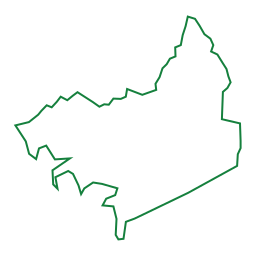 Taquaruçu do Sul, Rio Grande do Sul, Brazil (Equal Earth projection)
{"feature_id": "56859067B25773622943364", "entity_name": "Taquaruçu do Sul", "entity_type": "district", "adm_level": 2, "iso_a3": "BRA", "parent_name": "Brazil", "parent_adm1": "Rio Grande do Sul", "projection": "equal_earth", "projection_center": [-53.496, -27.405], "detail": "fine", "context": "isolated", "style": "outline", "palette": "green", "viewbox_px": 256, "rotation_deg": 0, "n_neighbors": 0, "source": "geoboundaries", "source_scale": "gbopen_adm2", "svg_char_len": 1060}
<svg xmlns="http://www.w3.org/2000/svg" viewBox="0 0 256 256"><path d="M134.6,218.6L188.2,192.8L237.1,165.9L237.8,154.2L240.6,148.1L240.6,141.1L240.3,132.0L240.0,123.4L221.9,119.2L222.9,91.9L227.4,88.0L230.6,82.3L228.4,76.4L226.5,69.0L222.6,62.9L217.4,54.5L211.1,51.5L213.3,45.1L210.4,38.7L204.4,34.2L199.6,25.8L195.0,18.8L187.8,16.6L185.6,26.2L182.7,35.1L180.8,45.1L175.2,47.4L175.5,56.4L169.9,58.7L166.7,64.2L162.5,68.3L159.6,77.1L155.5,83.8L156.2,89.9L142.3,94.8L127.1,89.0L125.8,96.7L120.8,98.9L113.4,98.6L108.8,104.7L104.2,104.3L99.4,106.7L92.9,102.1L77.5,92.2L72.8,95.7L67.3,100.2L60.7,96.7L56.8,101.8L51.7,107.3L46.7,105.3L41.4,110.8L38.2,114.7L28.9,122.1L15.4,125.4L25.8,141.4L29.1,153.8L36.1,159.1L39.0,148.4L46.2,145.6L54.9,159.4L69.9,158.4L52.5,170.3L53.2,184.4L57.5,188.7L55.4,177.2L68.2,171.0L73.0,173.9L78.5,185.4L81.1,194.1L84.3,188.4L93.1,182.5L102.0,183.9L117.4,188.3L115.2,195.1L106.2,198.7L102.6,205.4L113.4,206.4L116.5,218.9L115.7,234.9L118.4,239.4L123.5,238.8L125.9,221.8L134.6,218.6Z" fill="none" stroke="#15803d" stroke-width="2"/></svg>